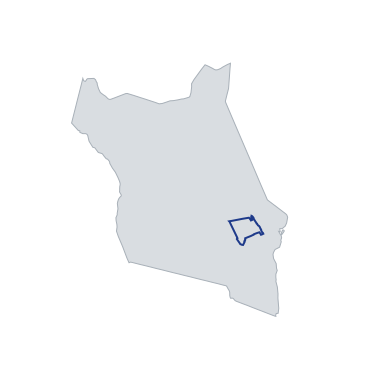 location of Galole, Coast, Kenya, rotated 337°
{"feature_id": "3690345B71380805916784", "entity_name": "Galole", "entity_type": "district", "adm_level": 2, "iso_a3": "KEN", "parent_name": "Kenya", "parent_adm1": "Coast", "projection": "equal_earth", "projection_center": [39.8, -1.506], "detail": "fine", "context": "in_parent", "style": "outline", "palette": "blue", "viewbox_px": 384, "rotation_deg": 337, "n_neighbors": 0, "source": "geoboundaries", "source_scale": "gbopen_adm2", "svg_char_len": 5179}
<svg xmlns="http://www.w3.org/2000/svg" viewBox="0 0 384 384"><g transform="rotate(337 192 192)"><path d="M106.4,232.5L106.3,227.6L106.8,215.1L106.8,204.0L107.2,198.5L109.3,195.0L110.2,192.5L110.9,188.9L111.9,186.0L114.3,183.7L114.8,182.4L117.3,178.5L118.8,173.4L120.0,171.7L121.4,170.1L122.4,169.3L124.1,168.4L125.4,167.9L125.6,167.5L125.7,166.7L125.3,163.6L125.9,162.6L126.8,160.5L127.8,158.5L128.7,157.3L129.2,156.0L129.5,153.8L129.5,152.2L129.5,149.7L129.2,143.9L128.1,139.0L127.5,133.6L128.0,131.8L127.1,128.7L126.7,128.5L126.0,127.8L125.1,124.8L124.5,122.1L124.1,121.4L121.2,119.0L119.8,113.3L118.2,112.1L117.3,106.5L117.1,104.9L118.1,99.3L118.0,98.0L117.0,96.8L114.3,95.6L112.1,93.3L112.4,92.5L112.6,91.7L111.4,91.1L108.1,81.5L112.4,75.8L116.8,70.0L122.4,62.6L127.5,55.9L132.0,50.0L135.9,44.8L135.8,45.8L135.8,47.1L136.3,47.9L137.1,48.5L138.2,47.9L139.2,47.1L140.2,46.9L146.1,49.1L147.1,51.0L147.0,53.0L147.3,54.5L146.8,56.0L146.3,60.5L146.5,64.6L148.2,67.6L149.8,70.0L151.1,73.3L152.0,74.4L153.3,74.9L157.3,75.1L163.4,75.3L169.2,75.5L169.7,75.6L170.9,76.0L176.3,80.5L181.1,84.7L185.3,88.3L189.3,91.8L193.2,95.2L196.2,98.0L199.2,98.9L204.1,99.3L207.4,99.5L210.5,100.6L215.1,101.7L218.6,102.3L220.7,103.0L226.4,103.6L227.4,103.2L229.9,100.1L232.8,95.0L233.9,92.2L237.6,89.4L244.1,85.5L248.6,82.8L253.7,80.0L256.0,82.4L259.2,86.2L260.6,88.1L261.7,89.0L263.5,89.5L265.6,89.5L266.7,89.5L269.1,89.0L274.5,88.5L277.7,88.5L275.0,93.6L271.9,99.7L266.1,111.0L261.6,116.9L258.3,121.3L258.0,122.2L258.0,127.1L258.0,139.3L258.1,163.7L258.2,188.1L258.2,212.4L258.3,224.6L258.3,228.7L261.2,233.8L264.1,238.8L267.9,245.5L269.9,249.0L270.3,250.2L270.2,252.6L267.0,257.5L264.5,259.8L261.0,260.9L260.0,260.7L258.6,260.0L258.1,261.1L257.7,263.0L257.0,262.6L256.4,262.1L256.7,265.4L257.1,267.0L256.6,269.2L254.9,271.1L254.7,272.7L251.1,277.0L246.0,277.4L243.3,279.6L242.1,281.3L241.1,285.1L241.5,290.8L240.0,295.3L239.8,297.5L237.1,300.4L235.9,303.1L235.1,305.8L234.3,307.0L233.4,313.0L232.2,316.7L231.8,317.9L231.5,319.0L230.6,321.1L229.9,322.6L229.5,323.6L226.4,333.0L223.9,337.3L222.0,336.8L220.7,338.4L220.6,339.2L219.9,338.7L218.3,337.2L215.0,334.0L211.7,330.8L208.4,327.6L205.1,324.4L201.8,321.2L198.6,318.0L195.3,314.9L192.0,311.7L190.0,309.8L189.2,308.7L188.5,306.5L188.2,305.9L187.3,305.2L186.3,305.1L186.0,304.7L186.0,303.6L186.3,302.1L187.5,299.1L187.7,297.4L187.4,295.5L187.1,292.3L186.7,291.6L184.5,290.0L180.0,286.5L175.4,283.1L170.8,279.6L166.2,276.2L161.7,272.8L157.1,269.3L152.5,265.9L147.9,262.4L143.3,259.0L138.8,255.6L134.2,252.1L129.6,248.7L125.0,245.2L120.5,241.8L115.9,238.4L111.3,234.9L109.6,233.6L108.0,232.5L106.4,232.5ZM258.6,266.0L257.8,266.2L258.2,264.6L260.6,262.4L261.5,262.9L261.7,263.4L261.7,263.8L261.3,264.3L258.6,266.0Z" fill="#d9dde1" stroke="#a8b0b8" stroke-width="1"/><path d="M214.8,233.5L215.0,234.0L215.0,234.5L215.1,237.3L215.8,251.4L215.8,252.1L215.7,252.1L215.7,252.3L215.4,252.4L215.3,252.5L215.2,252.5L214.9,252.8L216.0,258.1L216.1,258.9L216.2,259.0L216.3,259.1L216.5,259.2L216.6,259.3L216.8,259.5L217.0,259.8L217.2,260.0L217.3,260.1L217.5,260.2L217.6,260.3L217.9,260.4L218.0,260.5L218.3,260.7L219.5,259.7L220.6,258.7L220.8,258.6L221.0,258.4L221.1,258.2L221.2,257.9L221.1,257.7L221.3,257.6L221.5,257.6L221.6,257.4L221.8,257.3L221.8,257.2L222.0,257.1L222.0,256.9L222.2,256.7L222.3,256.6L222.4,256.4L222.5,256.4L222.6,256.1L222.7,255.9L222.8,255.8L222.8,255.7L223.0,255.5L223.0,255.4L224.0,255.4L224.5,255.4L225.1,255.4L228.9,255.5L230.9,255.4L232.1,255.4L232.3,255.1L234.2,255.1L236.1,255.2L238.1,255.4L238.1,255.5L238.3,255.6L238.4,256.0L238.5,256.4L238.6,256.7L238.6,257.0L238.7,257.3L238.7,257.6L238.8,257.9L238.8,258.3L239.7,258.4L240.8,258.3L241.3,258.3L241.3,258.2L241.3,257.8L241.3,257.6L241.3,257.4L241.2,257.2L241.1,256.9L240.9,256.7L240.8,256.4L240.8,256.2L240.8,255.9L240.8,255.7L240.7,255.3L240.7,255.1L240.7,254.6L240.7,254.4L240.7,254.2L240.8,254.1L240.9,253.9L240.9,253.7L240.9,253.4L240.9,253.2L240.7,252.9L240.7,252.7L240.7,252.4L240.7,251.9L240.7,251.7L240.7,251.4L240.7,251.2L240.7,250.9L240.7,250.6L240.6,250.4L240.6,250.2L240.5,249.9L240.5,249.7L240.4,249.6L240.3,249.4L240.2,249.2L240.0,248.9L239.9,248.8L239.8,248.6L239.7,248.4L239.7,248.2L239.6,247.8L239.6,247.7L239.5,247.2L239.5,246.9L239.4,246.9L239.3,246.7L239.2,246.4L239.1,246.2L239.1,245.9L239.1,245.6L239.1,245.4L239.1,245.2L239.0,244.8L239.0,244.6L238.9,244.3L238.8,243.8L238.7,243.1L238.6,242.7L238.6,242.4L238.6,242.2L238.5,241.9L238.4,241.8L238.4,241.7L238.3,241.4L238.3,241.1L238.4,240.9L238.5,240.5L238.5,240.4L238.5,240.2L238.5,239.8L238.5,239.7L238.4,239.6L238.4,239.3L238.3,239.0L238.3,238.9L238.2,238.5L238.1,238.3L238.1,238.2L237.8,237.6L237.7,237.4L237.5,237.2L237.3,237.6L237.2,237.7L237.1,237.9L236.9,237.9L236.8,238.1L236.8,238.3L236.8,238.5L236.7,238.6L236.6,238.8L236.5,239.0L236.5,239.3L236.5,239.5L236.7,239.8L236.7,240.0L236.8,240.3L236.9,240.5L237.0,240.8L237.0,241.0L236.6,241.2L236.3,241.2L236.0,241.2L235.2,241.2L235.2,240.9L235.1,240.7L235.1,240.3L235.0,240.2L234.9,239.7L234.8,239.4L234.8,239.2L234.6,238.6L234.5,238.4L234.3,237.9L228.0,236.4L216.8,234.0L215.3,233.6L214.8,233.5Z" fill="none" stroke="#1e3a8a" stroke-width="2"/></g></svg>